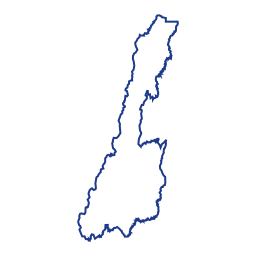 outline of Empalme, Manabi, Ecuador
{"feature_id": "8360857B95089772616558", "entity_name": "Empalme", "entity_type": "district", "adm_level": 2, "iso_a3": "ECU", "parent_name": "Ecuador", "parent_adm1": "Manabi", "projection": "equal_earth", "projection_center": [-79.614, -0.806], "detail": "fine", "context": "isolated", "style": "outline", "palette": "blue", "viewbox_px": 256, "rotation_deg": 0, "n_neighbors": 0, "source": "geoboundaries", "source_scale": "gbopen_adm2", "svg_char_len": 5904}
<svg xmlns="http://www.w3.org/2000/svg" viewBox="0 0 256 256"><path d="M127.7,236.6L128.1,235.5L128.6,235.8L128.9,235.0L129.4,235.1L130.2,234.4L130.3,233.8L129.9,233.6L130.3,233.1L129.8,232.8L129.9,232.3L130.4,232.3L129.8,231.8L130.4,229.0L130.8,229.1L130.9,228.4L131.2,228.4L131.5,227.3L131.9,227.6L132.6,227.0L132.5,225.6L132.9,225.6L133.0,226.2L134.1,224.8L134.7,224.8L135.0,224.1L134.1,223.5L135.2,223.0L135.2,221.8L136.0,221.1L136.1,220.3L135.6,220.1L136.2,219.8L136.3,219.2L136.7,219.5L136.6,218.9L137.0,218.8L137.4,219.4L137.9,218.6L137.8,219.1L138.2,218.9L138.2,219.3L138.7,219.3L138.9,219.8L138.2,220.1L138.2,220.5L138.8,220.9L139.2,220.5L140.0,220.7L140.3,221.4L140.5,220.9L140.9,221.1L141.0,221.9L142.4,221.3L142.5,220.7L143.1,221.2L143.0,220.8L143.6,220.3L144.9,220.8L146.0,219.8L146.2,220.3L146.8,220.2L147.2,219.8L147.0,219.2L147.5,218.7L147.7,219.1L148.0,218.8L148.4,219.6L149.8,220.0L150.9,218.5L151.3,219.3L152.0,219.1L151.9,217.9L152.6,218.3L153.1,217.8L153.2,218.9L153.6,218.9L153.8,217.9L154.5,217.9L154.5,216.6L155.0,216.7L155.1,217.2L155.4,216.6L155.7,217.0L156.5,216.7L156.4,216.2L157.9,214.1L158.0,212.3L158.3,212.3L158.6,211.1L158.3,208.9L158.5,207.0L157.8,206.1L157.9,205.3L157.4,205.7L157.0,204.9L157.5,204.1L156.6,202.5L156.7,201.5L157.4,201.8L157.7,200.1L158.6,200.6L159.3,199.3L160.1,199.8L160.5,199.1L160.9,197.4L160.3,196.7L160.9,194.7L159.6,192.6L161.0,190.6L160.4,189.1L161.6,187.0L162.8,187.0L163.4,185.5L164.9,185.1L165.3,182.8L165.2,176.9L163.7,175.5L162.6,173.6L161.4,170.3L160.2,168.9L159.9,166.0L161.2,163.0L161.3,161.7L161.0,160.7L161.6,160.0L161.6,158.5L162.2,158.2L162.1,156.1L163.8,152.6L163.6,152.0L164.0,148.6L164.5,148.5L164.9,147.8L165.8,145.0L166.0,143.2L165.6,142.5L166.3,139.8L163.6,142.9L161.9,144.1L160.6,147.6L159.8,145.2L157.8,142.6L157.7,141.8L158.6,139.4L158.5,138.8L157.2,138.8L156.2,139.6L156.4,141.6L156.0,141.9L156.0,143.3L155.4,141.0L154.9,140.0L154.4,139.9L153.8,141.0L151.5,140.7L151.6,141.5L150.5,142.4L150.0,142.0L148.8,142.5L147.1,141.5L146.9,142.4L146.2,142.4L145.8,143.6L145.2,143.0L143.9,143.6L143.9,143.2L142.6,144.0L142.2,145.3L141.0,145.6L140.8,146.7L138.4,144.1L138.9,138.9L141.2,133.6L141.1,132.5L140.5,131.6L139.8,129.2L139.5,125.5L140.9,122.0L140.6,120.4L141.7,119.1L141.8,118.0L141.1,113.9L141.8,111.0L141.6,110.0L140.2,109.7L140.0,109.3L141.8,104.9L143.2,105.0L144.2,101.7L146.8,98.7L146.9,96.6L145.5,95.2L147.2,90.9L147.8,91.0L148.1,94.8L150.0,94.3L150.6,98.2L152.5,96.8L153.0,97.8L153.0,99.3L153.4,98.6L156.3,97.3L156.0,96.0L157.3,96.8L157.6,96.5L157.5,95.7L158.2,94.5L157.9,93.5L158.3,92.6L157.5,90.3L157.8,88.9L156.9,88.7L157.3,87.1L157.0,86.7L156.5,87.0L156.1,86.3L156.3,85.1L157.8,84.0L157.0,83.0L157.0,81.9L156.0,80.9L155.8,78.6L156.4,76.5L158.7,76.5L158.3,75.5L158.8,74.5L159.5,74.6L160.5,75.7L160.1,73.9L161.4,73.8L160.6,73.1L160.4,72.0L161.3,71.2L161.9,72.0L162.5,71.9L163.3,70.8L162.6,69.9L162.6,69.1L163.1,68.8L163.7,69.3L164.2,67.7L164.9,68.4L165.0,66.6L165.5,66.1L165.8,64.5L165.2,64.4L165.1,65.0L164.7,64.7L164.9,63.6L165.8,63.2L165.7,62.1L165.2,61.6L166.9,58.4L167.6,59.0L168.7,57.3L168.6,58.7L169.1,58.0L170.9,58.9L171.1,57.5L170.4,57.8L170.2,56.5L170.9,56.4L171.4,55.4L170.8,55.0L170.8,53.4L170.1,52.4L170.7,51.3L168.9,49.7L169.1,48.1L169.7,48.1L169.4,46.8L167.9,44.8L167.9,44.2L168.4,43.8L168.5,42.1L169.4,40.5L168.9,39.3L169.8,38.4L170.2,36.5L171.0,35.7L172.4,35.4L172.7,33.9L173.3,34.2L173.8,33.7L174.4,31.4L175.3,31.8L175.9,30.9L176.1,28.5L175.9,27.5L176.4,25.9L177.1,25.4L177.8,23.8L177.6,21.7L165.8,21.7L165.8,18.0L161.8,17.2L161.5,16.3L159.4,15.4L157.5,15.4L156.4,16.5L156.5,18.0L156.1,19.1L155.1,20.6L153.3,21.8L153.5,22.3L154.1,22.2L153.8,22.9L152.6,23.6L152.4,24.7L151.2,25.4L150.7,27.6L150.0,27.7L149.4,28.9L148.1,29.4L148.5,29.8L148.4,30.9L148.9,30.8L148.0,31.9L148.3,33.1L146.7,33.9L146.1,33.2L145.4,33.6L144.8,33.3L144.4,34.2L143.3,35.2L143.6,35.6L140.9,35.5L139.8,34.9L139.6,36.9L137.5,38.9L137.0,40.3L135.2,42.8L135.7,46.0L137.4,49.6L135.7,52.5L134.1,53.5L133.0,56.0L132.9,59.3L133.6,60.9L134.3,65.8L133.6,69.6L132.0,71.7L132.6,74.0L132.0,75.6L132.4,76.9L132.0,78.8L132.2,80.4L130.5,80.6L129.1,81.3L129.0,83.9L127.8,84.9L127.4,87.5L125.9,88.5L125.5,89.5L125.5,90.4L127.0,91.1L127.9,95.2L126.9,96.4L125.4,95.9L124.8,100.8L124.1,101.1L124.1,102.3L123.2,102.9L123.0,104.0L123.3,104.9L125.0,106.3L124.9,106.9L123.3,107.8L123.3,110.2L122.3,110.9L122.3,113.2L120.8,114.5L118.6,120.7L120.0,124.1L119.7,125.4L120.4,133.1L118.2,136.5L116.5,138.1L113.7,137.8L112.9,140.2L112.9,141.6L112.2,143.4L113.0,148.1L114.9,149.9L115.8,151.7L114.6,152.7L114.4,155.0L112.2,155.3L111.8,153.9L111.0,153.7L110.7,156.3L110.1,156.4L109.1,155.0L108.4,154.8L106.8,155.7L106.3,157.2L105.2,158.2L105.2,161.4L104.6,163.2L103.4,164.5L102.6,166.4L103.4,168.6L100.9,169.4L100.7,170.5L100.8,171.9L98.5,174.6L98.1,176.0L96.8,176.9L96.3,177.8L95.4,183.5L95.9,187.7L95.7,188.8L95.4,189.3L93.6,190.0L92.1,188.4L91.5,188.4L89.6,190.3L88.5,193.7L89.6,197.3L87.6,199.7L88.6,201.7L88.8,203.5L87.8,207.2L87.4,207.5L86.3,207.1L85.6,207.8L85.4,212.6L84.4,214.1L81.3,213.4L80.0,213.9L79.2,216.2L79.6,217.6L78.2,221.4L78.4,222.9L79.3,225.4L80.1,225.8L80.8,227.5L79.4,229.6L82.2,236.4L84.6,236.4L85.8,239.1L88.2,239.0L88.6,240.6L89.7,240.6L89.4,239.4L89.9,239.9L90.1,239.1L90.7,239.0L90.9,238.4L90.5,238.0L90.9,236.7L90.7,236.0L91.9,234.3L92.6,234.8L93.4,234.7L95.0,238.7L99.3,235.4L99.5,237.1L101.0,237.0L101.3,235.7L102.9,234.1L102.6,233.2L103.0,232.8L102.8,232.5L103.1,232.2L103.0,231.3L105.2,229.4L105.5,225.0L107.8,224.9L107.8,225.9L106.9,226.3L107.2,226.9L106.9,227.2L107.2,227.8L108.0,227.9L107.7,228.6L108.5,229.8L108.4,230.4L109.2,229.8L109.2,230.6L109.8,230.3L110.0,231.2L111.0,230.2L112.6,230.2L112.6,229.4L113.2,229.4L113.3,228.6L114.4,227.8L115.3,228.0L117.2,227.0L119.6,229.0L121.3,231.0L121.7,231.0L122.1,232.7L123.5,233.9L123.7,234.9L124.6,235.3L124.8,236.6L127.7,236.6Z" fill="none" stroke="#1e3a8a" stroke-width="2"/></svg>